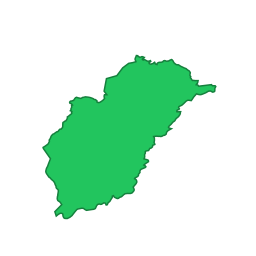 Buriti dos Montes, Piauí, Brazil (Equal Earth projection), rotated 71°
{"feature_id": "56859067B43813520190599", "entity_name": "Buriti dos Montes", "entity_type": "district", "adm_level": 2, "iso_a3": "BRA", "parent_name": "Brazil", "parent_adm1": "Piauí", "projection": "equal_earth", "projection_center": [-41.217, -5.12], "detail": "fine", "context": "isolated", "style": "filled", "palette": "green", "viewbox_px": 256, "rotation_deg": 71, "n_neighbors": 0, "source": "geoboundaries", "source_scale": "gbopen_adm2", "svg_char_len": 4875}
<svg xmlns="http://www.w3.org/2000/svg" viewBox="0 0 256 256"><g transform="rotate(71 128 128)"><path d="M121.6,34.2L121.0,33.8L120.0,33.4L119.3,33.2L118.6,32.8L118.0,32.1L117.4,31.5L116.5,31.8L116.0,33.0L115.6,34.3L114.9,34.8L114.2,34.9L111.5,47.6L110.3,47.9L109.7,48.5L109.3,49.4L108.8,48.9L108.4,48.0L107.7,47.3L106.0,46.3L105.7,47.2L105.3,48.4L105.0,49.3L104.4,50.3L104.1,51.5L103.3,51.9L101.8,52.2L100.8,52.7L99.7,51.9L99.1,52.2L98.3,52.3L97.6,52.0L96.0,51.1L94.7,51.3L93.7,51.7L92.6,52.7L91.6,53.3L90.7,53.8L89.6,55.2L87.6,57.2L86.9,58.0L86.1,58.6L85.3,59.2L84.7,59.7L84.3,60.7L83.8,61.7L83.0,62.3L82.3,62.7L81.6,63.1L80.9,63.4L79.9,63.5L79.2,63.6L78.6,63.9L77.9,64.1L77.4,64.6L77.5,65.6L77.6,66.8L77.9,67.8L77.6,68.6L77.6,69.5L77.1,70.2L76.2,71.3L76.1,72.6L76.7,73.5L76.7,75.2L76.2,76.6L76.0,77.6L76.2,79.0L76.7,79.8L77.4,79.9L77.0,80.7L76.1,81.4L75.1,81.3L74.5,81.4L74.7,82.3L75.3,83.3L75.0,84.2L75.2,85.3L74.7,86.2L74.1,86.9L73.1,86.9L72.8,85.7L72.3,84.7L71.5,85.0L71.7,86.0L71.3,87.6L70.5,88.5L69.8,89.1L69.1,89.7L68.5,90.6L68.7,91.5L67.9,92.1L67.3,91.8L67.4,90.7L66.6,89.6L66.1,90.5L65.4,90.7L65.0,91.8L65.1,92.8L65.0,93.9L64.2,94.4L63.7,95.2L62.8,95.2L62.2,96.5L63.1,97.2L63.8,97.9L64.8,98.7L65.6,99.0L66.9,98.9L67.9,98.9L67.7,102.4L67.1,106.3L69.4,113.4L74.9,121.5L74.3,132.3L85.4,138.6L89.6,137.2L88.9,139.4L90.0,140.2L91.3,140.5L92.4,140.5L93.4,142.2L94.1,144.2L94.6,146.4L94.2,148.0L93.3,148.9L92.2,148.5L91.6,148.9L90.6,149.5L89.8,150.9L89.0,151.3L88.0,152.4L86.8,154.0L86.1,155.2L85.6,156.2L84.7,158.1L84.5,160.2L84.3,161.2L84.6,162.0L84.7,162.9L84.2,163.7L83.4,165.1L82.2,166.7L82.3,167.7L82.7,168.5L84.2,170.5L84.1,171.3L84.2,172.3L83.9,173.2L84.0,174.0L84.6,174.8L85.8,174.8L86.4,173.7L87.5,173.2L88.2,173.0L88.2,174.0L89.2,174.2L90.2,174.6L91.0,175.5L92.1,175.9L92.9,176.9L93.6,176.1L94.2,175.7L94.9,176.3L95.7,176.3L96.4,177.3L96.7,178.4L97.0,179.3L97.5,180.4L97.8,181.8L98.8,182.0L99.7,182.8L100.3,183.5L101.0,184.5L101.0,185.7L101.4,186.6L101.6,187.6L102.2,188.1L103.0,188.2L103.5,188.6L104.2,188.8L105.1,189.2L105.9,189.5L106.6,190.4L107.3,191.6L106.9,192.6L107.3,193.4L107.7,194.3L108.2,194.8L108.6,195.7L108.4,196.7L108.7,197.6L108.9,198.5L109.4,199.6L109.4,201.0L109.8,201.8L110.2,202.6L110.8,203.4L111.5,204.0L112.3,204.6L113.2,205.6L113.8,206.5L114.8,206.5L115.6,207.2L116.6,208.2L117.3,209.2L117.6,210.4L118.1,211.9L118.4,213.1L118.7,214.6L119.8,214.7L131.8,211.3L134.4,213.5L136.4,215.2L137.7,216.2L138.7,217.2L139.6,218.2L140.8,219.0L142.1,219.8L143.1,220.0L144.5,219.9L147.0,219.2L148.2,218.9L149.0,218.6L149.8,217.8L151.1,217.4L151.9,217.0L153.2,216.2L154.1,215.7L155.7,215.3L156.7,215.2L157.9,215.3L158.8,215.1L159.7,215.0L160.7,215.3L161.4,215.3L162.1,215.1L162.7,214.6L163.7,214.2L164.7,214.3L165.8,214.8L167.1,215.5L168.2,216.1L168.9,216.3L169.6,216.9L170.6,217.4L172.0,218.0L173.6,218.0L174.3,217.6L175.5,216.6L177.1,216.0L178.9,215.6L183.3,224.4L187.9,224.5L187.0,222.1L186.6,219.9L186.8,219.0L187.6,217.8L188.5,217.7L189.6,218.0L190.3,218.1L191.6,218.0L192.4,217.7L193.0,217.0L193.8,214.9L193.5,212.1L193.0,210.7L192.6,209.5L191.4,207.7L189.9,205.4L188.7,203.4L188.3,202.4L188.3,201.5L188.8,197.8L189.5,196.3L191.1,195.2L192.3,194.1L193.3,188.8L193.7,186.8L193.5,185.1L191.2,182.9L190.4,181.6L190.5,179.8L191.2,179.0L191.5,177.8L190.9,175.1L191.8,173.9L193.7,173.7L193.8,172.6L192.2,171.1L191.5,169.1L189.7,167.0L189.0,166.0L188.3,165.4L187.3,165.0L187.2,163.8L188.8,163.5L189.4,163.0L190.4,162.0L191.2,161.1L191.4,159.9L190.8,158.3L190.9,157.0L190.7,156.1L189.7,153.9L189.2,152.3L189.6,150.1L190.3,148.2L190.7,146.9L190.7,145.3L189.9,143.8L189.3,142.9L188.7,142.4L188.0,142.2L185.5,142.3L183.4,138.7L182.2,137.4L181.1,137.0L179.4,137.2L178.1,138.3L177.5,137.6L177.0,134.6L176.3,133.6L175.1,133.1L174.0,131.2L172.8,130.9L171.9,130.2L171.3,129.2L171.0,124.7L170.5,123.7L169.4,124.0L168.9,124.7L168.2,125.1L167.3,122.8L166.5,119.6L165.2,119.3L164.3,120.2L162.4,122.9L160.8,121.6L158.6,121.0L157.4,119.8L155.9,119.3L155.6,118.3L156.0,115.9L155.2,114.9L154.4,114.0L154.5,112.7L154.2,111.8L153.8,111.0L152.4,110.3L152.3,108.0L151.2,107.9L150.1,108.1L148.9,107.3L148.0,106.9L145.9,106.3L144.4,106.5L144.9,104.0L145.3,103.0L145.9,101.7L146.2,100.7L146.7,99.9L146.9,98.7L146.6,97.5L146.6,96.6L146.8,95.7L146.3,94.0L144.5,92.8L143.6,91.2L143.3,89.9L142.8,87.2L141.4,89.2L140.4,89.5L139.4,88.2L138.6,86.2L137.1,83.7L136.5,81.6L136.0,80.9L135.4,80.3L134.7,79.3L134.2,77.9L133.6,76.3L132.8,75.5L132.4,74.7L131.3,73.8L130.6,73.6L129.7,72.9L129.3,73.9L129.1,75.1L128.5,76.5L127.8,76.4L127.0,75.4L127.1,73.9L126.6,73.2L125.1,73.5L124.3,72.9L124.1,70.9L124.0,69.7L123.1,67.5L121.5,64.2L121.3,63.4L121.3,62.1L121.7,61.2L122.7,59.3L121.5,57.6L120.0,55.7L118.0,52.1L119.1,50.7L119.7,49.6L120.2,48.2L120.2,46.3L120.0,43.0L119.4,40.0L119.6,39.0L119.9,37.9L121.6,36.4L121.8,35.2L121.6,34.2Z" fill="#22c55e" stroke="#15803d" stroke-width="1.5"/></g></svg>